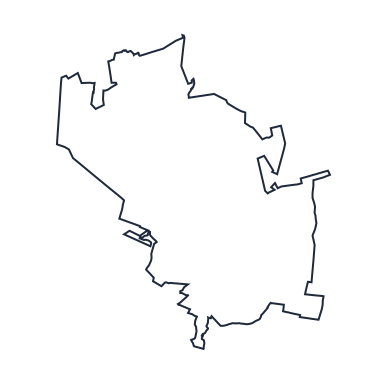 outline of Pedro Escobedo, Querétaro, Mexico, rotated 96°
{"feature_id": "50627088B87937870701268", "entity_name": "Pedro Escobedo", "entity_type": "district", "adm_level": 2, "iso_a3": "MEX", "parent_name": "Mexico", "parent_adm1": "Querétaro", "projection": "mercator", "projection_center": [-100.153, 20.469], "detail": "fine", "context": "isolated", "style": "outline", "palette": "slate", "viewbox_px": 384, "rotation_deg": 96, "n_neighbors": 0, "source": "geoboundaries", "source_scale": "gbopen_adm2", "svg_char_len": 5813}
<svg xmlns="http://www.w3.org/2000/svg" viewBox="0 0 384 384"><g transform="rotate(96 192 192)"><path d="M160.5,56.6L157.1,58.7L156.8,59.0L156.6,59.1L158.8,64.5L160.2,68.0L161.3,70.5L162.1,72.7L163.0,74.8L163.7,76.6L163.8,76.8L164.7,78.9L166.1,82.6L166.4,83.2L167.2,85.3L171.8,83.8L171.9,84.1L172.5,85.5L173.0,86.8L173.4,87.8L173.9,90.2L176.8,102.3L177.3,103.9L179.3,107.2L174.4,110.4L179.0,113.8L181.2,110.1L184.6,115.7L185.5,116.5L183.2,119.4L151.9,130.2L148.5,124.0L162.1,113.5L163.6,114.4L165.4,109.2L142.6,105.5L138.7,104.9L134.1,104.4L133.7,104.5L116.8,110.5L120.3,120.3L127.4,118.1L129.8,120.8L130.1,123.6L130.2,123.9L132.3,127.5L128.9,130.8L121.6,138.0L120.9,140.7L120.7,141.1L117.9,146.5L107.4,147.3L107.0,148.9L106.6,151.1L105.9,153.2L104.4,156.9L100.5,165.2L100.2,165.6L99.4,166.4L99.0,166.6L97.3,167.5L97.1,167.5L92.2,180.3L98.6,205.0L97.5,205.1L95.5,205.8L94.2,205.4L93.2,205.0L91.5,203.9L89.5,203.6L89.2,202.5L88.2,202.7L87.8,201.9L83.8,201.0L81.4,201.7L80.8,201.7L79.3,202.4L81.1,204.0L83.3,203.6L84.8,207.1L68.0,215.8L52.6,215.8L44.6,215.7L44.0,215.6L42.5,215.6L39.3,215.6L37.3,216.5L37.0,217.9L39.5,217.0L40.9,219.5L42.4,222.3L43.3,223.9L52.7,236.0L53.4,237.9L54.8,241.2L57.0,246.5L59.6,252.3L62.0,258.1L61.5,258.8L61.2,258.9L61.0,259.3L60.2,259.4L59.7,259.5L59.1,259.9L59.1,260.2L59.2,260.4L59.6,260.7L59.8,261.0L60.3,261.6L60.9,263.2L61.9,264.1L60.4,264.8L60.0,265.5L59.2,266.3L58.6,267.2L58.4,267.3L58.2,268.1L58.6,269.0L59.3,269.8L59.6,270.4L59.2,271.1L59.3,271.3L59.1,271.8L58.9,272.0L58.0,272.5L58.1,273.7L58.4,273.5L58.7,273.9L58.5,274.6L58.7,275.2L58.9,275.7L59.5,276.2L60.1,276.3L60.3,276.7L60.4,277.4L60.7,278.5L61.2,279.7L61.5,281.3L62.2,282.9L68.6,283.7L68.9,285.2L70.1,286.9L70.9,288.9L75.9,287.5L83.1,285.6L84.6,285.2L88.6,284.2L91.8,283.4L91.3,279.5L91.3,279.0L92.7,278.3L93.5,279.3L93.9,279.9L95.7,282.3L96.8,283.7L97.4,284.4L99.0,286.3L100.3,288.9L100.3,289.8L100.3,290.7L108.9,290.2L112.4,289.4L114.6,288.8L116.0,290.9L116.6,291.9L117.7,293.7L118.7,295.2L118.7,295.4L118.8,295.5L119.5,296.5L115.2,301.4L114.4,301.3L110.7,301.1L109.0,301.1L107.2,301.0L105.9,301.0L103.2,300.9L103.4,300.3L102.3,300.3L100.4,300.2L99.3,300.2L97.7,300.6L97.3,300.5L96.1,300.3L93.7,300.3L93.9,301.0L94.2,302.2L94.0,305.1L94.3,306.9L94.4,307.7L95.1,312.8L95.2,313.2L85.6,318.0L92.1,326.8L89.5,329.4L91.9,333.7L97.4,333.7L123.3,332.6L158.7,331.3L160.5,323.4L162.5,318.9L170.7,313.9L192.4,281.2L204.7,262.4L207.4,258.7L211.9,259.4L213.8,259.5L216.6,259.7L218.9,260.1L219.2,260.2L226.1,261.5L226.7,259.1L226.8,258.6L226.9,258.3L227.4,256.2L228.2,253.1L228.3,252.6L228.5,251.8L228.7,250.9L228.9,250.3L229.3,248.5L230.0,245.7L230.1,245.2L230.6,243.3L230.6,243.0L230.9,242.2L231.4,240.1L232.3,240.2L234.7,232.1L241.1,239.3L237.1,250.1L241.2,255.1L250.3,227.7L247.2,227.2L246.4,227.5L244.8,230.1L244.3,233.2L244.7,234.7L244.3,236.7L243.9,237.4L243.6,239.2L242.9,239.1L242.6,239.1L242.3,236.2L241.4,235.3L240.9,234.9L240.4,234.2L240.0,232.1L239.7,231.6L239.3,231.5L238.8,231.6L238.1,231.3L235.2,231.1L236.0,229.6L238.7,229.4L239.7,228.8L240.1,228.3L242.1,226.0L244.7,222.5L245.4,221.9L246.4,223.0L247.7,224.3L249.8,224.6L251.3,224.9L256.0,225.7L257.9,226.0L261.2,225.4L263.2,225.4L265.1,225.7L268.2,226.7L269.4,227.1L272.2,228.9L274.0,229.5L281.2,221.1L284.9,221.4L285.0,221.1L288.9,212.5L285.0,209.6L284.5,208.4L285.2,205.5L284.7,204.4L284.7,204.2L284.3,186.4L287.4,189.7L287.8,190.0L290.7,191.2L291.8,193.3L293.7,193.1L293.6,192.0L293.6,191.4L293.6,191.2L294.9,188.1L295.1,187.3L295.1,185.2L295.3,185.1L303.2,192.1L304.9,194.3L305.6,193.6L305.6,192.6L308.9,181.7L312.7,183.3L313.6,178.7L314.9,176.4L315.4,174.1L319.6,175.3L323.4,175.4L325.7,173.9L327.4,173.5L330.3,172.9L332.5,173.2L335.0,173.4L336.2,173.6L336.7,173.7L337.1,173.8L337.2,174.0L337.4,174.2L337.5,174.3L337.9,174.7L337.9,174.8L338.1,175.0L338.3,175.3L338.4,175.6L338.5,176.0L338.9,176.9L339.0,177.0L339.1,177.4L339.2,177.5L341.3,176.0L342.0,175.4L345.2,173.9L345.6,171.5L346.9,163.8L347.0,163.3L346.6,164.1L346.2,164.2L342.5,164.0L340.9,163.9L339.7,164.3L338.4,164.6L338.2,164.7L337.7,165.7L337.2,166.8L336.9,166.9L335.8,166.8L334.3,166.3L334.2,167.2L333.8,167.3L333.5,167.1L333.1,166.5L333.1,166.1L332.7,166.1L332.6,166.5L332.3,166.6L332.0,166.4L331.9,165.7L331.4,165.0L331.2,164.8L330.9,164.4L330.3,164.0L328.5,163.3L327.8,162.9L327.5,162.5L327.1,162.3L326.9,162.1L326.6,161.9L326.3,161.8L325.8,161.9L324.9,162.8L324.5,163.3L324.0,163.6L323.7,163.6L320.9,162.6L320.3,162.6L315.8,162.6L315.6,162.7L315.2,162.8L315.4,162.3L315.6,160.1L314.3,159.9L314.2,159.9L314.0,159.6L313.9,159.6L313.5,159.5L321.5,150.3L322.1,149.5L322.0,148.9L322.0,148.6L321.6,146.1L321.0,144.6L320.7,143.6L319.5,141.3L319.1,140.0L319.0,139.8L318.3,138.2L318.3,137.9L318.2,137.7L318.2,136.1L318.1,135.3L318.0,133.8L317.9,133.6L317.9,133.3L317.6,131.6L317.5,131.4L317.7,130.1L317.7,129.8L317.7,127.8L317.7,126.6L317.8,124.4L317.7,123.3L317.3,121.7L317.1,120.8L316.0,118.2L314.1,115.8L312.9,114.0L312.6,113.2L311.3,111.4L309.1,110.5L307.5,110.3L307.4,110.3L307.0,110.2L306.3,109.4L299.3,104.6L299.1,104.9L299.0,105.0L296.4,103.7L294.1,102.3L294.4,101.8L294.2,101.2L294.5,88.9L298.2,88.8L298.6,88.8L301.1,89.0L301.5,85.8L301.7,83.4L301.9,82.2L302.3,79.1L302.7,75.1L302.7,74.9L303.1,71.6L305.1,71.8L305.1,71.7L305.2,70.0L305.2,69.9L305.3,66.6L305.4,63.4L305.6,59.9L305.7,55.9L305.8,52.8L295.1,50.7L292.0,50.4L290.5,50.3L286.1,50.6L282.7,50.3L281.9,50.3L281.8,52.2L281.9,57.3L281.9,58.3L281.9,60.0L281.9,61.7L281.9,66.0L281.9,68.9L277.3,68.4L269.2,67.3L269.3,63.7L257.7,63.9L245.9,64.1L232.0,64.5L227.0,66.1L223.0,67.5L221.9,67.4L218.6,66.4L216.0,65.7L210.0,65.0L206.0,66.1L202.6,66.7L199.9,67.9L197.1,68.0L194.1,68.1L192.9,68.4L190.0,69.4L185.6,71.4L181.8,71.9L179.6,72.0L173.2,71.9L167.6,72.5L163.9,63.2L160.5,56.6Z" fill="none" stroke="#1e293b" stroke-width="2"/></g></svg>